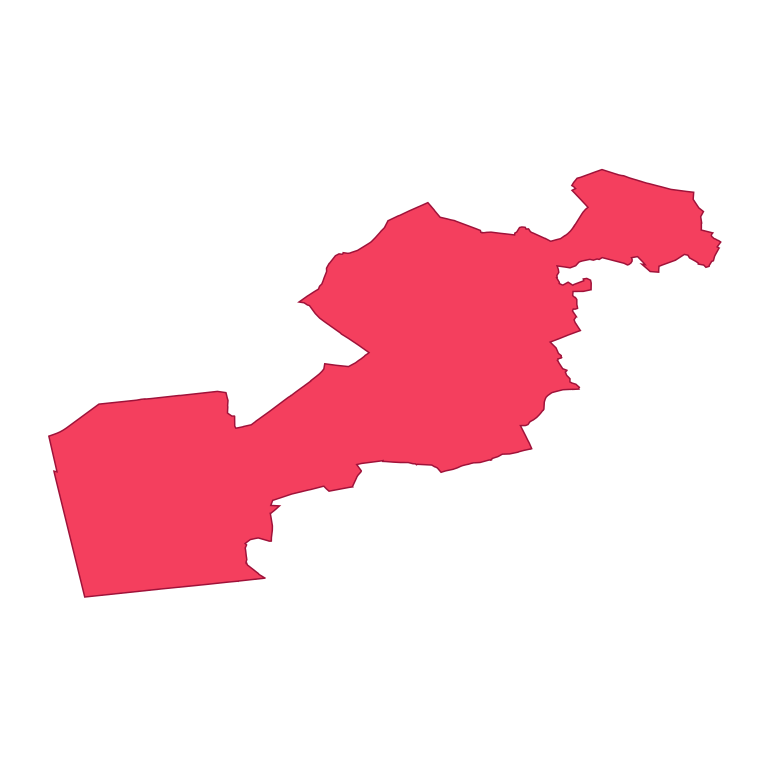 Džūkstes pag., Tukums, Latvia, rotated 181°
{"feature_id": "27541924B93568350942485", "entity_name": "Džūkstes pag.", "entity_type": "district", "adm_level": 2, "iso_a3": "LVA", "parent_name": "Latvia", "parent_adm1": "Tukums", "projection": "natural_earth1", "projection_center": [23.27, 56.788], "detail": "fine", "context": "isolated", "style": "filled", "palette": "rose", "viewbox_px": 768, "rotation_deg": 181, "n_neighbors": 0, "source": "geoboundaries", "source_scale": "gbopen_adm2", "svg_char_len": 5971}
<svg xmlns="http://www.w3.org/2000/svg" viewBox="0 0 768 768"><g transform="rotate(181 384 384)"><path d="M57.9,540.8L69.5,543.5L69.4,545.6L69.5,550.6L69.2,550.6L70.3,556.8L67.6,562.0L72.3,565.6L78.1,574.0L77.7,581.1L84.8,581.8L100.6,583.6L110.2,586.0L114.1,586.9L122.7,589.0L124.8,589.4L142.4,594.4L148.0,596.4L150.1,596.6L153.2,597.2L169.8,602.2L176.3,599.8L191.3,594.0L194.5,593.1L197.3,589.6L197.9,588.8L199.7,585.7L197.9,584.7L195.9,582.7L198.0,581.7L199.4,580.9L191.3,572.7L183.1,564.2L183.7,563.7L185.6,562.1L186.9,560.5L187.8,559.5L189.0,557.7L195.8,546.4L196.0,546.4L197.3,544.3L197.1,544.3L200.2,540.2L203.0,537.4L205.6,535.4L205.8,535.5L210.0,532.4L214.1,531.3L219.8,529.6L225.4,532.4L225.5,532.3L237.7,537.6L238.9,538.0L240.3,538.9L242.2,541.6L244.6,541.4L245.5,543.1L247.2,543.3L249.0,543.4L251.2,542.8L254.0,538.2L255.8,537.2L256.0,535.3L263.8,536.1L270.4,536.7L279.6,537.7L284.2,537.4L285.9,537.1L288.5,536.9L288.5,537.2L289.9,537.4L290.3,539.2L295.1,541.0L296.8,541.6L314.9,548.0L316.3,548.6L320.1,549.3L323.3,550.1L330.8,551.7L336.2,557.9L336.9,558.9L343.3,566.1L362.5,557.2L371.1,552.9L372.8,552.3L382.4,547.5L382.8,547.4L386.0,540.9L385.9,540.9L386.0,540.7L387.0,539.5L389.7,536.7L390.7,535.4L393.3,532.4L395.1,530.3L399.1,526.1L400.5,525.0L404.2,522.6L412.8,517.1L419.0,514.9L420.4,514.3L422.4,514.0L427.1,514.6L427.2,513.9L427.5,513.4L428.2,513.0L431.3,513.3L434.8,511.4L440.8,503.5L441.0,503.5L443.4,499.0L443.5,498.6L443.4,496.9L443.4,496.5L443.3,495.9L443.5,495.0L445.7,489.2L446.9,485.5L447.2,484.8L447.9,482.9L449.0,481.8L449.8,481.0L450.1,480.6L450.5,479.7L451.1,477.8L451.4,477.6L455.5,475.0L462.4,470.4L470.4,464.5L465.3,463.8L462.0,461.7L459.9,461.1L453.9,453.2L449.4,448.7L444.1,444.9L428.4,434.2L427.9,433.6L427.1,433.0L420.7,429.2L409.7,422.1L399.5,415.1L400.5,414.2L403.3,412.3L404.3,411.2L407.4,408.7L409.9,407.0L412.8,404.7L419.8,400.8L432.5,401.9L443.6,403.2L444.3,398.6L444.4,398.0L446.2,395.6L448.6,393.1L451.8,390.4L456.9,386.3L457.4,385.8L457.3,385.6L472.0,374.5L476.4,371.0L476.8,370.9L476.8,370.7L479.3,369.1L480.1,368.5L498.5,354.2L511.8,344.3L511.9,344.1L516.0,340.9L523.9,339.0L524.1,338.8L531.3,337.2L532.5,339.2L532.7,345.2L532.8,349.1L533.0,349.3L535.6,349.3L539.1,351.6L540.0,352.3L539.8,358.3L540.0,359.6L539.7,364.8L540.6,367.7L541.8,372.4L541.9,372.6L550.4,373.7L587.9,368.9L588.3,369.0L616.3,365.4L622.9,364.7L622.9,364.9L626.9,364.4L627.6,364.2L631.2,363.5L668.7,358.9L700.7,334.5L703.9,332.3L707.0,330.5L710.0,329.1L713.3,327.8L718.2,326.0L709.4,290.5L712.5,291.1L711.4,286.7L679.5,165.8L602.4,175.3L558.1,180.5L536.6,183.2L526.7,184.3L526.3,184.2L526.2,184.4L525.7,184.5L499.8,187.8L499.7,187.9L505.8,191.5L505.9,191.8L506.1,192.1L516.5,200.0L517.2,200.4L518.0,202.0L518.5,202.1L518.2,202.6L518.9,203.3L518.8,203.6L518.1,206.1L518.2,206.4L518.3,207.1L518.3,207.4L518.7,209.5L519.5,215.6L519.9,217.6L518.6,220.7L520.1,222.1L515.0,226.1L510.0,227.3L507.0,227.9L496.6,225.1L496.2,224.9L494.2,224.9L494.1,225.3L493.9,225.3L493.9,227.2L493.9,228.4L493.5,232.2L493.1,235.9L493.1,240.2L494.6,248.4L495.1,250.9L495.3,252.0L495.5,252.7L494.8,252.8L494.4,253.2L490.2,256.7L486.4,260.3L495.1,260.6L493.9,263.9L493.3,265.7L474.3,272.4L457.8,276.7L455.5,277.2L443.2,280.6L442.3,280.7L439.8,278.2L437.1,275.9L417.2,280.0L413.5,280.6L413.6,280.8L413.5,281.4L409.9,289.5L409.4,290.8L408.3,292.5L405.7,295.5L405.2,296.5L405.2,296.8L409.9,303.0L404.9,304.2L387.1,306.8L383.7,307.4L383.9,306.6L380.6,306.5L374.0,306.1L366.5,305.8L358.3,305.9L353.7,304.8L351.1,304.7L350.1,303.8L349.3,304.3L334.8,303.8L331.9,302.1L331.6,302.2L329.2,301.0L325.4,296.7L320.9,298.2L313.5,299.9L309.1,301.5L305.8,303.1L304.0,303.8L300.7,304.7L298.0,305.3L295.3,306.2L292.8,306.8L291.9,306.8L286.6,307.2L277.4,309.9L276.0,309.7L275.8,310.2L275.1,310.1L274.6,311.4L270.9,312.7L269.3,313.2L268.2,313.7L264.5,315.9L257.1,316.3L248.7,318.2L248.6,318.3L248.3,318.5L246.7,319.0L242.8,320.1L236.8,321.5L236.5,321.4L235.2,321.9L237.7,327.4L239.3,330.3L241.7,335.0L246.9,344.8L242.4,344.9L241.6,345.0L239.3,346.0L237.6,348.6L235.8,349.8L234.1,350.7L230.7,353.3L228.5,355.6L226.8,357.6L224.8,360.3L224.4,360.4L223.7,361.6L223.4,368.8L222.5,371.9L221.7,373.6L220.1,375.3L218.9,376.2L216.0,378.3L212.3,379.4L205.0,381.4L199.2,381.8L195.1,382.0L195.1,381.9L189.4,382.3L189.5,382.4L188.6,384.0L192.1,387.1L196.2,388.3L198.2,389.4L198.1,392.4L199.6,394.0L201.5,395.8L202.9,399.1L201.8,400.2L201.3,400.7L201.3,400.9L205.3,402.3L205.6,402.4L209.5,408.2L210.0,409.2L211.0,410.6L210.7,410.7L210.5,411.1L210.6,412.1L207.1,413.2L206.8,413.5L207.0,413.9L207.4,414.4L207.3,415.5L210.1,417.6L212.6,423.1L218.6,428.8L208.0,433.1L201.2,436.0L188.6,440.9L191.0,444.4L193.2,447.7L193.9,448.6L195.1,451.5L194.0,453.2L193.0,454.6L192.8,454.6L196.8,460.3L196.1,462.2L194.1,462.2L191.8,463.0L191.9,464.0L192.6,466.8L192.7,471.8L194.2,473.9L194.7,473.8L196.9,475.7L196.6,479.8L193.8,479.9L186.3,480.1L179.4,481.7L179.2,481.9L178.6,481.9L178.6,488.5L179.3,491.4L183.1,493.1L186.6,492.5L186.1,490.7L195.9,486.8L196.9,486.0L201.7,489.0L206.7,486.1L207.0,486.1L207.3,486.1L210.5,487.5L210.4,487.7L210.5,488.8L213.3,493.3L212.7,493.5L213.1,495.4L211.2,498.7L211.7,501.6L213.0,505.1L204.8,504.1L200.0,503.4L194.4,505.6L192.7,507.6L191.3,509.2L190.1,509.8L187.9,510.5L180.4,512.2L176.8,511.5L173.2,512.7L171.0,512.3L168.1,514.2L146.1,508.9L142.7,507.3L141.3,507.7L139.2,509.3L138.1,511.2L138.1,513.0L138.8,514.6L133.4,515.7L132.7,515.8L127.2,510.4L125.0,507.9L128.3,508.3L122.1,503.1L119.8,501.1L111.3,500.6L111.3,501.5L111.3,503.2L111.1,506.6L110.3,506.8L107.7,507.9L95.2,512.7L94.9,513.0L94.7,512.9L86.0,518.8L82.4,518.1L80.7,515.4L74.3,512.0L72.0,510.5L71.9,509.4L66.4,508.5L64.2,506.3L61.0,507.3L60.8,508.4L58.5,512.3L56.8,513.0L55.7,517.4L55.0,518.9L51.4,525.7L51.3,525.8L53.3,526.9L49.8,531.8L50.2,532.1L50.7,532.4L51.9,533.2L53.1,533.6L55.1,534.7L56.6,535.2L57.9,536.4L58.8,537.1L59.3,538.1L59.2,538.8L58.8,539.7L57.9,540.8Z" fill="#f43f5e" stroke="#9f1239" stroke-width="1.5"/></g></svg>